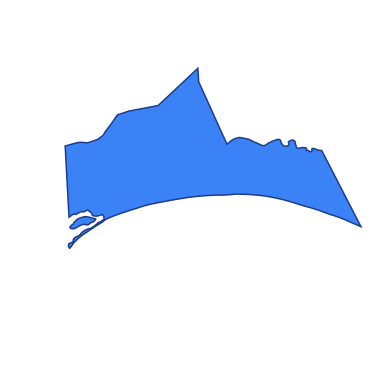 Marracuene, Maputo, Mozambique, rotated 63°
{"feature_id": "85939544B2591372162698", "entity_name": "Marracuene", "entity_type": "district", "adm_level": 2, "iso_a3": "MOZ", "parent_name": "Mozambique", "parent_adm1": "Maputo", "projection": "equal_earth", "projection_center": [32.747, -25.675], "detail": "fine", "context": "isolated", "style": "filled", "palette": "blue", "viewbox_px": 384, "rotation_deg": 63, "n_neighbors": 0, "source": "geoboundaries", "source_scale": "gbopen_adm2", "svg_char_len": 5733}
<svg xmlns="http://www.w3.org/2000/svg" viewBox="0 0 384 384"><g transform="rotate(63 192 192)"><path d="M93.4,284.1L95.4,285.0L131.0,300.8L158.6,313.0L158.5,312.5L158.5,311.8L158.4,311.4L158.3,310.8L158.2,310.2L158.0,309.6L158.0,308.5L158.1,307.7L158.2,307.1L158.4,306.6L158.8,306.1L158.9,305.8L159.1,305.8L159.1,305.4L159.3,304.3L159.2,303.4L159.2,302.5L159.2,301.7L159.2,300.8L159.2,300.0L159.4,299.3L159.6,299.0L159.9,298.4L160.4,297.9L160.6,297.3L160.6,296.7L160.6,296.3L160.6,295.9L160.6,295.3L160.6,294.9L160.5,294.2L160.5,293.7L160.8,293.2L161.0,292.8L161.4,292.7L162.3,292.4L162.8,292.2L163.4,291.8L164.0,291.5L164.5,291.3L165.2,291.1L165.8,291.1L166.3,291.3L166.8,291.3L167.4,291.3L167.8,291.2L168.6,290.6L169.0,289.8L169.5,289.2L170.0,288.4L170.2,287.9L170.2,287.7L170.4,287.1L170.6,286.8L170.7,286.3L170.9,285.3L171.0,284.3L171.2,283.2L171.1,282.1L174.0,281.7L176.2,282.6L176.3,282.7L176.4,283.2L176.6,283.9L176.6,284.6L176.7,285.4L176.8,285.9L177.0,286.5L177.1,287.0L177.0,287.5L176.8,287.9L176.8,288.4L176.7,289.2L176.7,289.6L176.8,290.0L177.0,290.6L177.3,291.3L177.6,292.8L178.0,294.8L178.2,297.6L178.2,297.9L178.4,298.2L178.4,299.0L178.2,299.8L177.9,300.5L177.6,302.0L177.6,302.9L177.5,303.9L177.5,304.7L177.5,305.4L177.7,306.2L177.8,306.7L177.9,307.2L177.9,307.8L178.0,308.3L178.1,308.7L178.4,309.2L178.5,309.6L178.7,310.1L179.0,310.5L179.1,310.9L179.3,311.5L179.4,312.2L179.4,313.0L179.5,313.6L179.5,314.2L179.5,314.6L179.4,315.4L179.4,315.9L179.4,316.4L179.5,317.1L179.7,317.7L179.8,318.3L180.0,318.8L180.5,319.3L180.9,319.6L181.5,320.0L182.0,320.3L182.2,320.6L182.4,320.9L182.4,322.4L182.3,322.9L182.2,323.4L182.1,324.0L182.2,324.6L182.3,325.2L182.4,325.6L182.8,326.0L183.6,326.5L184.2,326.6L184.7,326.6L185.4,326.6L185.5,326.7L185.9,326.8L186.0,326.8L186.3,326.8L186.5,326.6L186.5,326.3L186.4,325.9L186.3,325.5L186.2,325.3L185.7,324.4L185.3,323.5L184.8,322.7L184.5,322.0L184.2,321.6L184.1,321.3L183.8,320.6L183.4,319.8L183.0,318.5L182.2,316.1L181.6,313.9L180.9,310.6L180.6,308.9L180.1,304.8L179.4,299.3L179.3,298.5L179.2,296.4L178.8,294.3L178.8,293.3L178.6,291.8L178.4,289.5L178.2,286.8L178.1,285.6L177.6,283.3L177.4,281.5L177.3,279.2L177.5,276.5L177.5,275.7L177.7,274.1L178.2,268.9L178.9,263.9L179.7,259.0L180.6,253.1L181.4,248.6L182.3,242.5L183.6,236.4L184.2,233.9L186.5,225.7L191.2,210.0L194.3,200.4L194.2,200.4L197.4,191.6L200.6,183.5L202.0,180.3L203.9,175.9L206.3,170.8L207.0,169.4L207.8,167.9L209.8,163.7L211.6,159.5L212.9,156.1L214.4,152.5L216.1,149.6L218.1,145.9L219.6,143.2L221.5,140.1L224.1,135.8L226.5,132.0L228.8,128.7L232.1,124.2L235.0,120.6L237.9,117.0L241.0,113.4L244.1,110.0L245.6,108.5L249.5,104.4L255.8,98.0L259.3,94.0L263.4,89.8L266.3,86.8L269.0,84.5L271.2,82.4L273.0,80.7L275.1,78.8L276.3,77.4L279.0,74.8L279.9,73.7L280.4,73.4L281.9,72.0L284.4,69.9L285.5,68.7L287.6,67.1L290.1,65.1L291.8,63.7L293.6,62.2L295.5,60.5L297.0,59.4L297.1,59.1L298.2,58.5L298.3,58.3L299.6,57.2L213.9,57.6L213.4,58.4L213.0,59.2L212.6,59.8L212.1,60.3L211.7,60.7L211.1,61.3L210.5,61.9L209.7,62.6L209.1,63.2L208.6,63.7L208.2,64.2L208.0,64.7L208.0,65.3L208.2,65.9L208.7,66.2L209.2,66.2L209.6,66.3L210.1,66.7L210.3,67.3L209.9,68.0L209.4,68.6L208.7,69.1L208.1,69.4L207.7,69.7L207.4,70.1L207.3,70.6L207.3,70.9L207.2,71.1L206.8,71.2L206.5,71.2L206.2,70.9L205.8,70.5L205.5,70.2L204.8,70.2L204.3,70.7L203.8,71.3L203.4,72.0L203.0,72.7L202.6,73.3L202.1,74.6L202.0,75.3L201.9,76.0L201.6,76.9L201.2,77.7L200.4,78.3L199.5,78.6L198.4,78.4L196.8,78.1L195.9,77.9L195.1,77.7L194.5,77.5L193.9,77.4L193.3,77.4L192.7,77.5L192.3,77.8L191.9,78.2L191.5,78.6L191.3,79.1L191.1,79.7L190.9,80.4L190.9,81.2L190.9,82.2L191.0,82.7L191.2,83.3L191.7,83.6L192.3,83.6L193.0,83.7L193.5,83.8L193.8,84.2L194.0,84.4L194.2,84.9L194.2,86.0L194.1,86.8L193.8,87.6L193.5,88.2L193.3,88.6L192.5,89.2L191.6,89.7L190.9,89.9L190.1,90.0L189.4,90.2L188.4,90.1L187.7,90.0L187.0,89.8L186.6,89.7L185.9,89.7L185.6,89.9L184.9,90.3L184.5,90.9L184.2,91.6L183.8,92.4L183.7,93.3L183.6,94.4L183.6,95.3L183.3,96.3L183.2,97.8L183.2,102.1L183.3,103.2L183.5,104.3L183.6,105.1L183.5,106.0L183.3,106.9L182.9,107.6L182.5,108.3L182.2,108.5L180.2,110.1L177.9,111.9L176.2,113.5L175.3,114.2L174.2,115.0L172.8,115.9L172.4,116.3L171.7,116.7L171.1,117.3L169.8,118.6L165.4,124.3L164.8,125.3L164.6,126.4L164.3,127.7L164.0,129.1L163.9,131.5L164.2,134.6L165.0,138.0L165.3,139.1L149.9,138.5L144.4,138.2L97.0,136.0L95.9,135.6L84.4,130.6L99.6,182.9L91.4,210.8L91.2,212.0L89.7,221.6L89.5,223.6L94.8,233.4L98.6,241.5L101.1,245.3L102.3,252.3L100.9,262.4L98.5,266.5L96.8,269.2L95.9,272.1L93.4,284.1ZM169.5,316.5L169.8,316.3L169.9,316.0L170.0,315.7L170.2,315.4L170.4,315.1L170.8,314.7L171.0,314.3L171.2,313.7L171.2,313.2L171.2,312.6L171.3,311.9L171.3,311.3L171.3,310.6L171.1,309.6L171.1,308.5L171.1,307.7L171.1,307.1L171.1,306.3L171.2,305.2L171.3,304.4L171.4,304.1L171.5,303.3L171.7,302.9L172.0,302.5L172.3,302.1L172.8,301.7L173.0,301.5L173.3,301.2L173.4,300.6L173.7,300.2L173.8,299.8L173.9,299.2L174.0,298.7L174.0,298.2L173.8,297.9L173.7,297.4L173.7,297.0L173.6,296.8L173.5,296.4L173.5,295.9L173.6,295.5L173.7,294.9L173.7,294.3L173.7,293.8L173.7,293.2L173.6,292.5L173.5,292.1L173.2,291.6L172.8,290.7L172.5,290.2L172.2,290.0L171.9,290.4L171.6,290.8L171.2,291.4L170.7,292.1L169.8,292.7L169.5,293.2L168.6,294.0L167.8,295.0L166.1,297.3L165.8,297.8L165.3,298.7L165.0,299.7L164.8,300.9L164.6,301.8L164.5,302.5L164.4,303.5L164.3,304.1L164.3,304.7L164.2,305.5L164.3,306.4L164.3,307.2L164.3,307.7L164.7,308.2L164.9,308.7L165.2,309.5L165.3,310.1L165.4,310.7L165.7,311.3L166.1,311.6L166.5,312.2L166.7,312.8L166.8,313.3L166.9,313.8L166.8,314.4L166.8,314.9L167.0,315.2L167.3,315.6L167.6,316.1L167.9,316.6L168.2,316.8L168.6,316.8L169.0,316.8L169.5,316.5Z" fill="#3b82f6" stroke="#1e3a8a" stroke-width="1.5"/></g></svg>